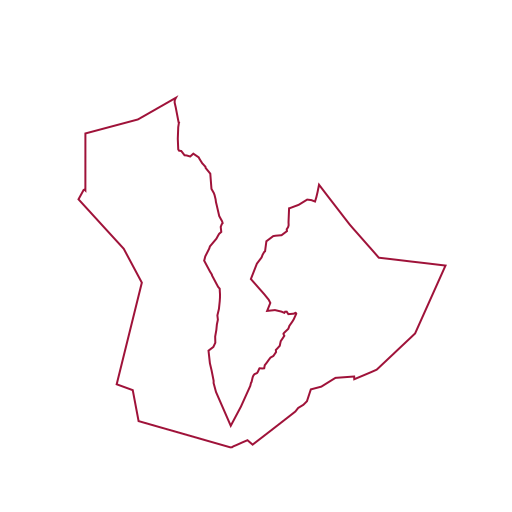 outline of San Francisco Chapulapa, Oaxaca, Mexico, rotated 340°
{"feature_id": "50627088B25039940619892", "entity_name": "San Francisco Chapulapa", "entity_type": "district", "adm_level": 2, "iso_a3": "MEX", "parent_name": "Mexico", "parent_adm1": "Oaxaca", "projection": "mercator", "projection_center": [-96.741, 17.913], "detail": "fine", "context": "isolated", "style": "outline", "palette": "rose", "viewbox_px": 512, "rotation_deg": 340, "n_neighbors": 0, "source": "geoboundaries", "source_scale": "gbopen_adm2", "svg_char_len": 2625}
<svg xmlns="http://www.w3.org/2000/svg" viewBox="0 0 512 512"><g transform="rotate(340 256 256)"><path d="M137.6,82.5L118.1,136.0L117.6,134.9L116.6,135.0L108.6,142.0L123.9,179.1L134.2,204.0L139.6,242.0L81.2,328.9L94.3,339.9L89.2,371.0L166.4,427.0L168.0,427.5L169.7,427.1L172.6,427.0L179.3,426.5L185.0,426.2L188.3,432.1L215.0,423.6L232.7,417.9L239.8,415.6L243.7,413.2L249.3,412.1L249.7,412.0L254.2,409.9L256.4,407.1L259.7,402.9L261.9,400.1L272.7,401.1L286.0,398.3L289.0,397.7L307.0,402.8L306.2,405.4L316.6,404.9L324.4,404.5L330.5,404.1L332.4,403.3L338.9,400.5L379.0,383.2L430.8,329.8L413.0,320.8L399.0,313.8L392.5,310.5L381.6,305.0L370.8,299.6L367.9,292.0L364.7,283.9L358.6,268.3L357.2,264.8L354.8,258.5L351.9,249.5L350.8,246.0L343.7,223.7L339.6,210.6L335.7,217.0L332.8,221.4L330.1,225.0L327.1,222.4L323.4,220.5L313.7,222.5L304.2,222.6L303.4,222.5L298.1,235.4L297.2,238.2L296.1,239.8L294.0,241.4L293.6,243.2L287.1,245.2L281.6,243.7L279.0,243.2L270.8,245.7L266.1,254.7L265.1,255.0L262.7,257.0L260.7,259.3L254.2,263.5L243.3,275.9L250.7,294.8L253.0,301.5L253.4,305.0L247.7,311.4L255.3,313.3L260.8,316.9L263.2,319.1L264.3,318.3L265.8,318.8L266.5,321.7L271.7,323.1L273.7,322.9L274.0,323.3L274.1,324.0L269.8,328.4L267.8,330.0L263.4,333.1L262.8,333.9L261.4,335.5L256.8,337.5L255.3,338.3L255.1,339.3L255.3,340.7L250.1,344.5L247.6,348.5L244.4,350.2L242.5,351.1L242.0,353.1L238.1,355.9L234.9,356.4L232.7,357.8L229.2,360.2L226.9,361.6L225.3,364.3L223.8,364.0L220.9,362.7L220.7,362.8L218.1,365.5L217.0,366.3L216.5,366.4L214.2,366.5L213.0,367.2L212.3,367.8L211.4,368.8L208.9,372.6L208.7,372.9L208.0,373.4L206.9,375.0L206.4,375.8L206.3,376.0L190.3,392.4L174.2,406.9L171.9,370.1L172.7,360.9L173.5,358.8L175.1,348.5L176.0,341.0L179.0,328.7L184.8,326.9L188.1,323.6L190.1,317.7L193.4,312.0L195.8,307.0L198.4,302.8L199.4,298.6L203.1,293.0L206.4,286.2L207.9,282.8L209.1,279.6L209.8,277.2L210.7,274.3L209.9,272.2L209.8,271.9L208.0,259.1L208.2,258.5L207.6,255.6L207.5,255.3L205.7,242.6L206.8,241.1L206.9,240.9L208.2,239.0L214.6,233.0L216.0,231.2L224.7,226.2L227.3,223.9L229.0,222.5L230.1,222.1L231.6,221.5L232.8,216.6L234.7,214.4L235.9,213.7L236.0,211.8L235.1,205.9L236.5,194.4L236.8,191.7L237.4,189.0L237.9,184.6L237.9,182.4L237.1,177.7L241.2,163.0L238.8,156.1L239.0,154.9L237.5,151.2L237.2,150.6L236.1,145.4L235.9,143.7L232.1,138.4L228.2,140.0L225.2,137.8L224.8,137.6L223.3,136.9L221.7,131.8L219.7,130.7L219.4,129.2L222.6,119.1L227.0,108.3L229.2,104.3L229.3,104.2L229.0,103.8L229.5,100.7L231.4,88.9L232.0,84.1L232.7,82.3L233.0,81.8L233.3,81.4L233.9,80.8L234.9,79.9L191.7,87.3L137.6,82.5Z" fill="none" stroke="#9f1239" stroke-width="2"/></g></svg>